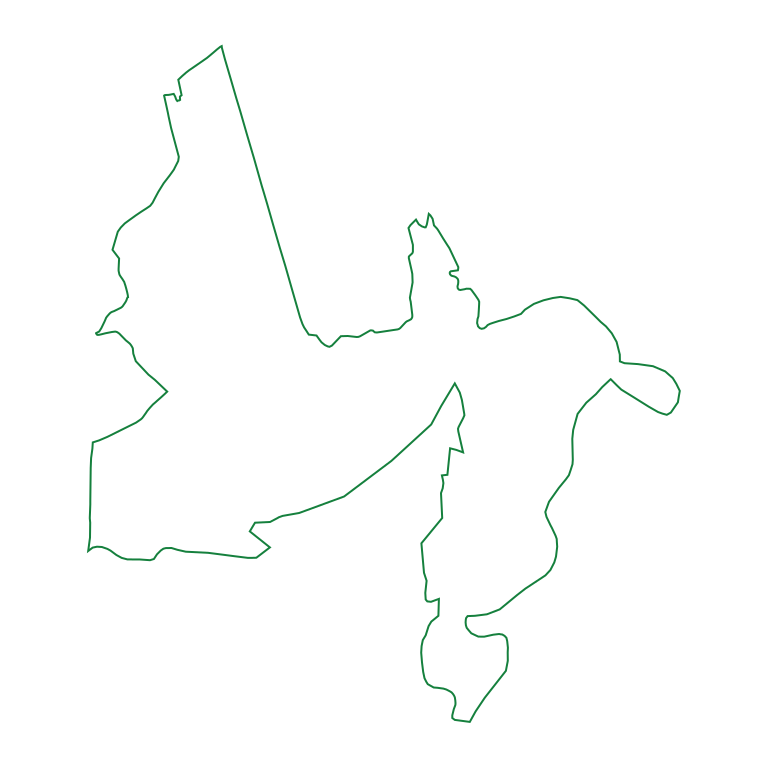 outline of Cam Le, Đà Nẵng, Vietnam
{"feature_id": "81297802B37110717960369", "entity_name": "Cam Le", "entity_type": "district", "adm_level": 2, "iso_a3": "VNM", "parent_name": "Vietnam", "parent_adm1": "Đà Nẵng", "projection": "robinson", "projection_center": [108.198, 16.017], "detail": "fine", "context": "isolated", "style": "outline", "palette": "green", "viewbox_px": 768, "rotation_deg": 0, "n_neighbors": 0, "source": "geoboundaries", "source_scale": "gbopen_adm2", "svg_char_len": 5636}
<svg xmlns="http://www.w3.org/2000/svg" viewBox="0 0 768 768"><path d="M285.3,265.9L279.7,247.4L273.2,225.0L267.3,204.4L263.4,191.2L261.9,186.3L254.1,158.7L247.3,135.7L240.3,111.4L236.4,98.5L231.0,79.9L224.9,59.1L221.9,47.8L221.7,46.1L220.3,46.8L216.8,49.6L213.1,52.8L207.0,57.9L197.5,64.5L189.2,70.2L186.1,72.6L182.1,76.1L178.3,79.7L181.6,95.2L180.1,96.4L179.9,96.8L180.1,99.9L179.3,100.4L177.9,100.6L177.3,101.0L176.7,100.3L176.0,99.0L175.2,96.6L173.7,93.9L170.3,94.6L168.5,94.9L165.6,95.0L164.5,95.2L164.1,95.6L166.3,105.5L167.9,112.9L168.6,116.5L171.1,128.0L178.8,156.8L178.2,161.0L174.5,168.3L174.0,169.4L172.9,171.0L169.8,175.3L163.7,183.2L158.3,191.9L154.6,198.8L152.6,202.7L150.2,205.8L146.4,208.4L141.4,211.6L135.8,215.4L129.7,219.8L124.8,223.4L120.8,227.5L117.8,231.7L112.5,249.8L119.1,258.5L118.6,268.7L118.6,270.8L119.2,273.6L119.5,274.7L120.6,276.5L122.5,279.2L123.3,280.5L124.2,281.9L124.5,282.9L125.4,285.6L126.4,289.2L127.2,292.4L127.8,295.2L128.0,297.0L127.9,297.0L127.5,297.5L127.2,298.1L126.3,300.6L125.3,302.4L124.2,304.0L122.7,306.2L121.9,307.0L120.8,307.8L118.1,309.1L117.6,309.4L116.3,310.0L115.3,310.5L114.1,311.1L112.2,311.8L111.3,312.2L110.3,312.9L109.2,314.0L107.2,316.3L106.1,317.8L105.5,319.3L104.6,321.4L101.3,328.2L99.2,331.5L96.1,333.1L96.1,333.5L97.0,334.7L97.5,334.9L98.7,334.9L101.4,334.3L105.3,333.3L111.9,332.0L115.1,331.6L115.9,331.7L117.3,332.2L119.3,333.6L125.8,340.3L128.0,342.1L129.8,343.6L131.0,345.1L132.1,346.9L132.8,348.3L133.3,353.7L135.8,361.2L148.5,374.7L154.8,379.8L167.2,391.6L164.7,394.0L161.2,397.2L157.0,400.9L155.8,402.0L154.3,403.3L153.0,404.4L151.8,405.7L149.8,407.9L148.7,409.2L147.2,411.0L145.9,413.0L144.6,414.8L143.2,416.8L142.1,418.2L140.9,419.3L136.1,422.6L107.3,436.9L99.1,440.4L92.8,442.4L92.4,448.6L91.1,458.1L90.7,468.1L90.3,500.8L90.3,504.5L90.1,509.8L89.8,517.4L89.8,518.6L90.2,522.6L90.0,537.6L88.2,551.0L92.7,547.6L97.0,546.7L101.9,547.0L107.4,548.9L110.5,550.6L116.4,555.0L121.7,557.9L127.4,559.4L140.1,559.5L150.0,560.2L153.9,559.0L157.0,554.3L160.8,550.5L163.4,548.7L165.8,548.1L171.5,548.0L177.4,549.8L185.8,551.7L208.0,552.8L224.4,554.9L234.4,556.2L248.1,557.9L255.0,557.8L256.4,557.7L269.9,547.4L249.8,531.4L255.0,522.7L270.0,522.0L278.0,517.8L278.5,517.4L282.6,515.9L299.1,513.0L300.5,512.5L344.1,496.5L391.4,460.9L406.4,447.2L431.2,424.5L441.2,406.0L454.8,383.4L459.8,392.6L461.9,400.0L464.2,413.5L464.4,415.3L463.1,418.3L458.7,426.8L458.0,428.8L458.3,431.4L463.1,452.4L456.3,449.9L450.1,448.3L447.4,474.8L441.9,475.4L442.9,479.8L443.4,483.1L442.7,488.3L441.0,493.1L442.2,518.0L421.4,543.3L424.0,572.8L426.6,580.8L425.3,592.9L425.7,599.5L427.3,601.4L431.0,601.8L438.9,598.9L438.4,615.8L431.3,621.6L428.6,626.1L425.7,635.3L422.8,640.1L421.6,646.1L421.2,652.7L422.0,662.4L423.2,672.0L424.5,678.2L426.3,681.8L427.8,684.2L433.7,687.5L437.6,687.8L443.4,688.6L446.3,689.5L448.3,690.5L450.0,691.4L451.6,692.4L453.0,694.0L453.8,695.2L454.5,696.5L454.9,697.7L455.3,700.4L455.5,703.0L455.4,704.9L453.8,709.2L452.3,715.3L452.3,718.0L454.8,719.9L469.8,721.9L475.6,711.4L484.8,697.7L499.4,679.1L505.9,670.8L507.8,660.8L507.7,652.4L507.9,647.7L507.2,641.1L506.4,637.8L504.6,635.9L503.3,635.1L502.3,634.5L500.6,634.3L499.1,634.0L493.3,634.7L484.1,636.7L478.3,636.6L475.3,635.2L471.3,633.3L468.7,630.3L466.7,627.8L465.9,625.3L465.6,622.3L465.8,619.7L466.1,618.1L467.6,616.1L474.9,615.8L486.9,614.3L499.7,609.4L517.3,594.9L525.4,588.6L545.4,575.4L550.4,570.0L554.3,562.4L556.0,556.6L557.2,546.7L556.9,542.5L556.7,538.9L555.6,535.8L552.0,528.1L550.5,525.3L546.5,516.9L545.3,512.0L549.0,501.8L558.9,487.8L565.9,479.3L568.9,475.2L570.7,469.9L572.5,464.2L572.8,459.9L572.3,438.8L573.2,429.9L577.6,413.9L586.3,402.7L595.9,394.2L602.2,387.1L610.3,379.5L610.7,379.2L617.2,385.7L621.3,389.6L633.9,397.4L648.6,406.6L658.0,412.0L662.4,413.6L666.8,414.8L667.4,414.5L670.9,412.5L677.9,402.3L678.7,397.2L679.0,395.4L679.8,390.9L676.3,383.8L672.8,378.1L665.2,371.4L653.0,366.2L638.0,364.1L624.5,363.2L619.9,361.4L619.8,354.6L616.6,341.9L611.8,333.3L606.0,326.4L600.8,322.0L595.8,317.0L584.1,305.5L578.8,301.2L577.4,300.1L569.7,298.3L560.6,296.9L552.9,298.0L543.5,300.3L533.9,303.9L524.9,309.7L521.0,313.9L514.1,316.5L506.5,319.0L498.8,321.0L493.1,322.8L489.9,323.9L487.6,325.1L486.1,326.8L484.0,328.3L481.6,328.8L479.7,328.1L478.0,326.3L477.8,325.3L477.1,323.1L477.5,319.1L478.4,316.4L478.8,310.4L479.1,304.7L479.2,301.8L478.4,299.8L475.5,295.5L471.4,289.9L470.1,288.8L466.4,288.7L464.7,289.2L463.0,289.5L460.3,290.0L459.0,289.7L458.3,289.0L457.7,288.1L457.5,286.3L458.1,284.0L458.3,281.8L458.2,280.3L457.7,278.9L456.2,277.4L454.5,276.5L452.9,276.1L451.4,275.7L450.1,274.4L449.7,273.0L450.0,272.0L450.8,271.3L457.9,270.3L458.2,268.8L458.3,267.1L449.5,248.4L448.7,247.1L447.7,245.6L445.9,242.8L443.1,238.4L438.2,230.3L437.0,228.6L434.0,225.4L432.6,218.8L430.4,215.4L428.8,213.9L427.3,222.1L426.8,224.6L425.7,227.3L424.8,227.4L421.9,226.4L418.8,224.3L417.5,222.2L416.0,219.6L410.4,225.2L408.5,228.0L412.9,244.9L412.9,251.8L412.3,253.3L410.2,255.2L408.9,256.5L408.8,258.0L411.7,270.9L412.3,273.9L412.6,282.4L409.9,297.7L410.2,299.8L410.7,301.7L412.3,314.9L412.3,316.5L412.1,317.6L411.8,318.1L411.1,319.2L409.1,320.3L406.7,321.4L405.6,322.3L403.0,325.1L400.3,328.0L399.1,328.9L397.7,329.4L392.9,330.1L382.3,331.7L378.9,332.2L376.9,332.5L374.8,332.3L373.5,331.2L373.1,330.7L371.8,330.4L370.3,330.4L369.8,330.7L360.0,336.3L358.3,336.9L356.7,337.0L347.8,336.0L340.9,336.2L331.9,345.6L329.5,346.8L327.7,346.4L324.8,345.0L321.5,342.3L319.5,339.7L316.5,335.5L308.8,334.6L306.3,330.7L304.1,327.4L302.5,324.1L300.1,317.5L291.5,287.6L285.3,265.9Z" fill="none" stroke="#15803d" stroke-width="2"/></svg>